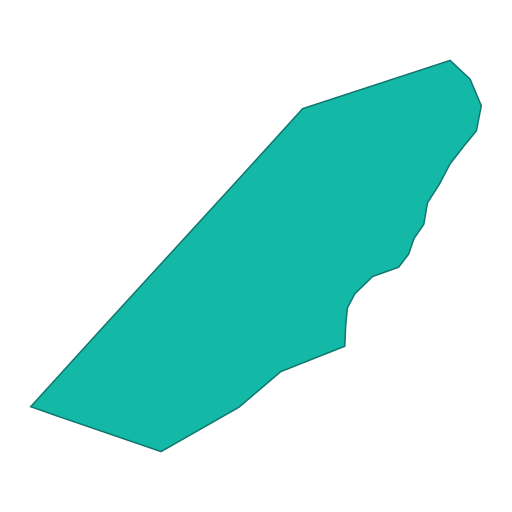 Serra da Raiz, Paraíba, Brazil
{"feature_id": "56859067B1643562495133", "entity_name": "Serra da Raiz", "entity_type": "district", "adm_level": 2, "iso_a3": "BRA", "parent_name": "Brazil", "parent_adm1": "Paraíba", "projection": "albers", "projection_center": [-35.442, -6.704], "detail": "fine", "context": "isolated", "style": "filled", "palette": "teal", "viewbox_px": 512, "rotation_deg": 0, "n_neighbors": 0, "source": "geoboundaries", "source_scale": "gbopen_adm2", "svg_char_len": 440}
<svg xmlns="http://www.w3.org/2000/svg" viewBox="0 0 512 512"><path d="M161.0,451.6L238.8,407.3L280.8,371.6L344.8,346.2L345.7,325.1L347.4,307.9L354.9,293.7L372.6,276.5L398.6,267.2L408.7,254.0L414.0,238.5L423.8,224.3L427.5,202.8L439.3,184.3L450.1,163.8L464.5,145.3L476.4,130.8L481.3,105.7L470.1,79.2L450.1,60.4L302.7,108.6L237.8,180.0L104.9,325.1L30.7,406.7L56.0,415.6L161.0,451.6Z" fill="#14b8a6" stroke="#0f766e" stroke-width="1.5"/></svg>